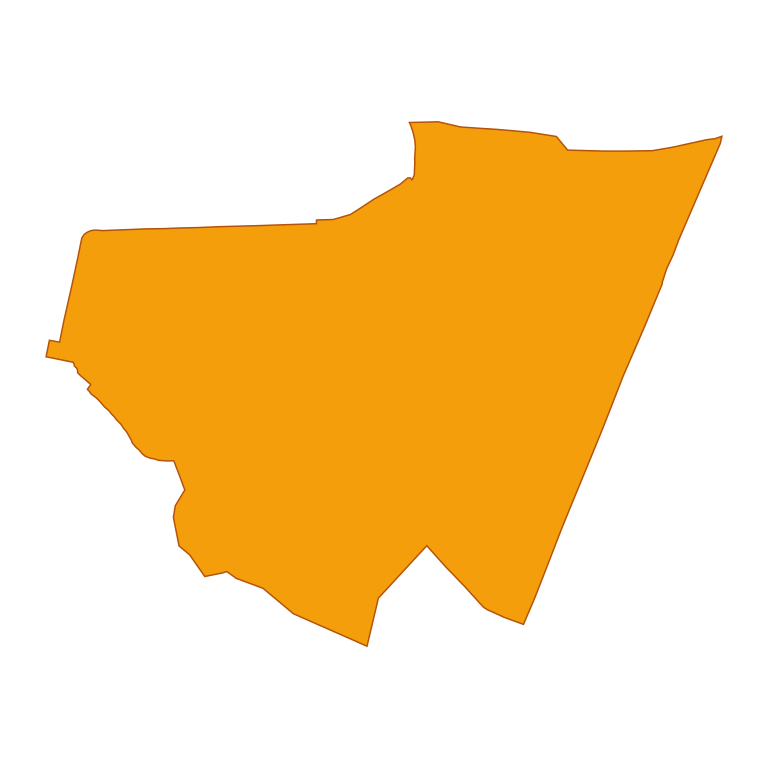 City, Castries, Saint Lucia (Albers equal-area conic projection)
{"feature_id": "8701671B44976535093209", "entity_name": "City", "entity_type": "district", "adm_level": 2, "iso_a3": "LCA", "parent_name": "Saint Lucia", "parent_adm1": "Castries", "projection": "albers", "projection_center": [-60.991, 14.009], "detail": "fine", "context": "isolated", "style": "filled", "palette": "amber", "viewbox_px": 768, "rotation_deg": 0, "n_neighbors": 0, "source": "geoboundaries", "source_scale": "gbopen_adm2", "svg_char_len": 1833}
<svg xmlns="http://www.w3.org/2000/svg" viewBox="0 0 768 768"><path d="M721.9,136.3L714.9,138.7L706.7,139.7L672.2,147.3L652.4,150.7L624.6,151.1L604.2,151.1L567.6,150.1L556.4,136.5L529.9,132.3L503.1,129.9L460.6,127.0L438.2,121.8L409.4,122.5L410.7,125.3L413.0,132.2L413.5,134.2L414.8,140.1L415.4,146.5L414.7,158.3L414.8,162.6L414.3,174.9L412.5,179.0L411.9,179.8L410.3,177.9L407.8,177.9L400.3,184.1L385.3,192.8L374.0,199.1L360.9,207.8L350.4,214.5L333.2,219.5L316.5,220.0L316.4,223.7L288.8,224.6L259.1,225.6L219.1,226.7L196.9,227.6L179.7,228.0L164.9,228.6L145.5,228.9L110.5,230.3L103.1,230.6L95.3,230.1L92.1,230.4L89.7,231.1L87.1,232.3L84.3,234.3L81.8,238.0L78.0,256.8L72.0,284.9L64.0,320.2L59.6,342.1L49.4,340.3L46.1,356.8L73.2,362.3L74.1,364.0L74.4,366.0L76.5,368.0L77.5,369.9L77.7,372.8L80.6,375.7L87.9,382.0L89.9,383.7L90.7,384.6L87.4,389.3L89.2,391.2L90.1,392.5L91.1,394.0L96.3,397.9L100.8,402.5L104.7,407.1L108.6,410.4L111.8,414.3L114.4,416.9L116.3,419.6L120.9,424.2L123.4,428.1L126.7,432.0L129.3,436.6L131.2,439.9L132.5,443.2L136.4,447.7L138.9,449.7L142.8,454.3L145.4,456.3L150.6,458.3L154.5,458.9L158.4,460.3L166.2,460.9L168.5,460.9L172.8,460.8L173.8,460.8L180.1,477.2L184.8,490.0L175.3,505.7L173.4,517.5L174.3,522.0L179.1,546.0L189.6,554.8L204.8,576.5L223.1,572.8L226.8,571.5L236.3,578.4L263.0,588.3L293.5,613.8L367.0,646.2L378.4,598.1L426.8,545.7L438.3,558.6L446.3,567.5L453.2,574.5L459.9,581.6L464.8,586.6L471.8,594.4L475.6,598.5L480.0,603.5L483.9,607.5L487.7,609.9L497.4,614.2L504.0,617.3L523.5,624.4L529.4,610.5L534.3,599.1L535.9,595.0L544.8,572.2L561.7,528.5L567.0,515.5L595.7,445.7L603.5,426.5L619.7,385.0L622.9,376.7L643.0,330.3L646.7,321.5L661.7,285.2L662.1,284.3L662.4,281.9L666.7,268.6L673.1,255.0L678.4,240.7L679.1,239.0L704.1,181.0L720.2,143.7L721.9,136.3Z" fill="#f59e0b" stroke="#b45309" stroke-width="1.5"/></svg>